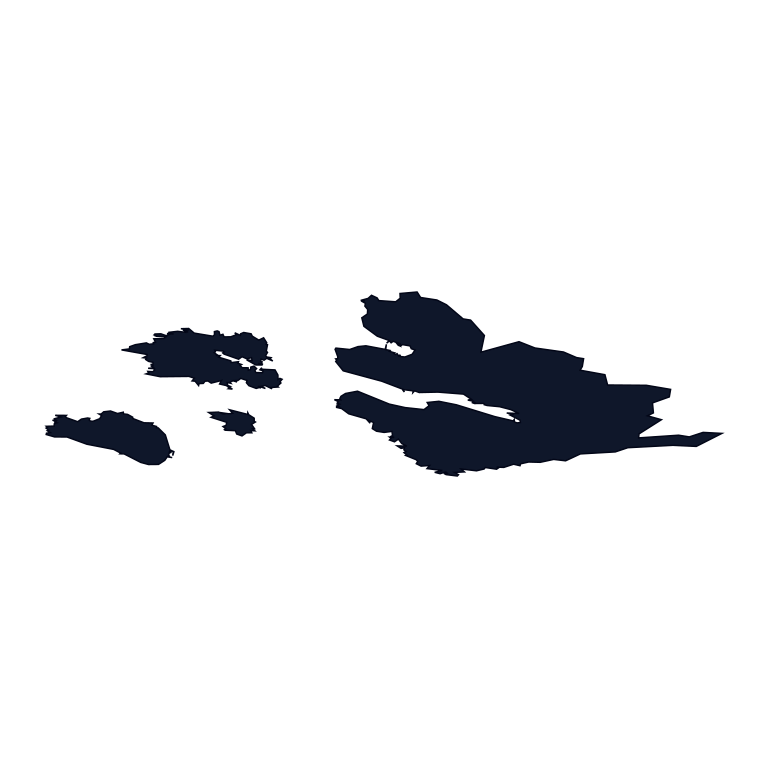 the district of Sande nor, Møre og Romsdal, Norway
{"feature_id": "86288312B47484772904149", "entity_name": "Sande nor", "entity_type": "district", "adm_level": 2, "iso_a3": "NOR", "parent_name": "Norway", "parent_adm1": "Møre og Romsdal", "projection": "equal_earth", "projection_center": [5.514, 62.239], "detail": "fine", "context": "isolated", "style": "filled", "palette": "ink", "viewbox_px": 768, "rotation_deg": 0, "n_neighbors": 0, "source": "geoboundaries", "source_scale": "gbopen_adm2", "svg_char_len": 6099}
<svg xmlns="http://www.w3.org/2000/svg" viewBox="0 0 768 768"><path d="M371.5,295.3L368.1,298.4L360.7,300.4L365.0,300.7L362.4,301.6L365.4,303.3L364.9,306.1L367.7,309.5L367.4,314.0L361.8,317.8L363.9,326.3L377.3,336.2L389.2,340.5L386.6,343.2L389.4,340.9L391.1,342.8L393.1,341.3L400.8,343.9L397.0,343.7L398.3,345.3L399.8,345.9L398.9,344.7L401.5,345.3L400.6,346.0L402.4,344.6L410.0,345.9L411.3,348.7L415.1,350.0L412.1,354.3L404.9,357.0L400.2,356.5L400.1,355.3L399.2,354.9L399.8,355.4L398.7,356.0L397.1,353.7L395.3,354.6L393.8,353.5L394.7,352.9L389.3,351.3L390.0,350.5L385.7,349.6L386.4,344.3L385.2,349.4L365.9,345.8L358.0,346.6L349.7,349.5L335.9,348.1L335.1,349.3L337.8,356.8L337.7,358.6L335.7,358.9L336.7,360.1L335.7,361.5L343.2,370.8L381.7,381.2L403.0,389.3L402.8,390.0L404.3,392.0L403.4,389.6L413.2,390.9L412.9,392.6L414.6,390.8L419.2,392.5L437.9,392.1L463.5,394.1L471.4,399.3L467.8,400.1L474.1,401.3L472.1,401.2L474.0,402.2L471.8,402.5L474.5,403.5L483.8,403.4L484.7,404.3L483.6,404.5L487.1,405.5L499.6,406.7L510.8,409.6L519.1,413.5L506.7,413.0L514.1,414.3L510.2,415.1L520.1,420.2L520.4,422.5L517.1,422.9L514.5,422.0L514.2,419.5L513.2,420.9L494.8,416.6L456.4,404.8L438.9,401.3L427.2,402.5L429.1,405.7L424.0,409.6L405.2,407.6L389.3,404.1L357.5,391.2L345.5,393.5L341.0,396.3L339.9,398.4L340.8,399.8L334.4,399.7L338.4,401.7L337.2,403.1L339.5,404.1L337.4,404.9L338.9,406.4L336.6,406.2L336.6,407.4L341.7,408.6L348.7,413.8L366.2,418.8L370.1,423.2L369.0,420.5L373.6,422.5L372.3,428.6L376.5,431.2L384.1,432.4L392.0,431.4L392.5,435.6L391.3,436.2L394.1,437.5L389.7,437.2L391.1,438.3L389.5,440.0L394.5,441.8L398.4,439.1L401.8,443.6L406.9,446.1L397.2,445.9L401.1,448.4L404.5,447.7L403.9,449.8L406.1,451.6L404.0,452.6L406.9,455.1L405.8,455.5L416.2,459.7L417.8,461.3L416.3,463.7L421.1,466.1L429.6,465.5L427.0,468.6L442.5,470.5L434.7,472.3L440.1,473.7L445.8,471.9L446.8,472.8L445.4,473.1L446.6,473.5L445.0,474.0L446.1,474.6L457.3,476.0L458.5,474.7L454.5,472.4L464.4,471.9L461.1,469.0L476.5,470.8L484.1,469.0L485.3,467.5L496.6,469.2L498.3,468.0L496.7,467.1L503.8,467.4L513.6,464.2L520.0,465.7L520.6,463.8L528.7,462.0L540.2,462.3L553.7,459.4L565.6,460.8L580.4,453.9L615.3,451.9L627.8,447.7L672.9,445.3L696.3,446.4L721.9,433.4L703.1,432.4L689.3,436.9L678.6,435.2L638.6,437.9L639.0,433.9L661.4,419.7L647.4,415.8L653.4,412.9L652.5,402.9L669.3,396.9L670.6,389.4L646.4,385.3L607.6,385.0L604.9,374.7L580.1,370.2L582.3,366.5L583.6,358.7L576.6,357.6L563.5,352.0L535.0,348.0L519.0,341.7L480.9,352.2L484.4,335.5L470.6,320.1L463.1,318.9L446.5,304.8L436.9,300.0L420.6,297.5L417.1,292.0L400.0,293.5L400.2,298.2L395.7,301.8L378.8,300.6L377.1,297.9L371.5,295.3ZM188.7,328.5L180.9,328.7L188.9,330.1L182.9,330.1L188.2,332.0L184.0,331.6L186.7,332.5L177.7,331.3L168.3,332.4L173.8,334.1L167.0,333.5L169.7,334.3L166.2,335.7L160.9,333.8L154.9,334.0L154.2,334.8L156.3,335.0L154.3,335.6L157.7,335.9L155.6,336.2L166.0,336.8L163.9,338.5L153.8,338.8L155.5,342.2L153.3,342.6L153.6,343.8L149.2,344.3L146.4,342.9L135.3,344.7L129.7,346.7L129.4,348.9L121.5,349.9L147.2,354.5L147.2,355.7L143.2,357.7L146.6,358.1L145.7,359.5L148.6,361.4L152.9,362.3L153.2,364.0L151.4,364.4L152.9,365.7L151.4,366.1L153.8,367.9L148.1,368.3L153.5,368.6L154.7,370.0L152.8,371.7L147.8,371.4L148.7,373.0L146.1,373.9L160.2,376.7L188.9,376.4L194.4,378.2L192.1,380.9L195.1,381.2L198.6,385.5L199.0,383.6L203.3,383.4L205.0,381.2L208.0,381.0L211.2,383.1L221.5,380.5L219.6,384.0L226.5,385.6L229.5,388.1L228.5,388.7L232.4,389.1L228.5,386.6L229.9,386.3L227.7,385.4L227.2,382.5L230.8,383.3L229.8,382.2L233.0,380.8L237.0,382.0L234.3,380.6L237.8,380.5L240.8,378.4L247.1,380.5L246.4,382.7L248.9,385.7L256.2,388.4L258.3,387.8L257.2,387.3L261.0,387.9L258.3,386.1L265.4,388.5L261.1,386.3L265.2,385.5L272.0,388.8L270.7,387.5L278.3,387.0L277.4,386.1L280.9,383.0L280.1,381.5L282.1,379.3L279.9,378.4L278.0,379.5L277.9,375.0L275.0,369.9L261.0,369.2L261.8,367.7L259.9,369.8L263.2,370.9L262.5,372.7L255.9,372.6L254.8,370.3L256.6,368.6L254.0,366.1L250.8,367.1L250.5,369.6L248.3,370.2L248.1,367.8L242.1,367.7L240.0,365.3L241.5,364.5L237.9,363.3L238.5,361.7L231.2,362.6L230.8,360.9L218.7,357.2L220.2,355.6L215.8,355.5L217.3,354.9L214.1,352.7L215.4,351.7L214.7,350.2L223.1,351.1L224.3,351.9L222.7,352.9L224.1,354.1L238.6,359.2L242.0,356.7L246.8,358.8L251.5,357.7L252.1,360.5L246.6,359.8L255.9,365.0L260.6,365.0L258.2,363.4L262.9,364.5L261.5,363.3L262.1,361.9L260.6,361.6L261.1,359.0L264.0,360.2L266.7,358.3L272.8,361.0L270.0,358.8L271.1,357.7L266.7,357.0L265.6,355.6L267.5,352.4L266.3,351.1L267.5,344.7L266.1,344.4L266.7,342.7L263.6,337.8L258.8,340.1L252.3,336.2L251.1,333.8L243.7,332.5L240.6,333.8L240.4,335.4L234.8,332.8L236.4,334.7L230.8,336.8L224.1,336.9L222.9,334.3L220.0,335.2L219.0,331.6L217.2,330.9L214.4,331.6L214.5,334.8L212.9,336.2L194.2,333.1L188.7,328.5ZM66.4,415.4L55.2,415.3L61.0,417.0L54.6,418.7L56.0,420.1L53.6,419.8L56.0,420.4L52.5,420.2L56.8,421.9L54.3,422.2L56.8,422.9L54.3,423.8L54.1,426.1L46.3,426.3L47.5,427.4L46.1,428.1L48.7,430.1L47.3,430.7L50.3,432.6L46.5,433.2L46.2,434.5L54.5,436.9L67.0,437.0L86.8,444.2L113.7,449.4L120.7,453.1L120.0,453.8L124.1,453.9L140.7,462.4L148.5,464.5L158.5,464.4L164.8,460.3L167.2,456.8L172.2,457.6L168.4,456.8L170.0,456.0L168.2,456.1L169.3,452.9L170.4,452.9L169.0,452.5L171.6,452.4L169.4,452.0L169.9,450.8L173.3,451.4L172.7,455.6L173.9,451.7L169.9,449.8L165.3,434.9L158.2,427.9L156.4,427.7L156.6,426.5L151.8,425.2L153.0,423.0L144.0,422.8L132.8,418.5L132.7,417.2L127.6,414.4L123.5,413.9L123.3,412.2L117.5,413.5L110.5,411.0L103.7,411.8L101.2,414.0L99.0,414.0L101.6,415.6L99.7,418.7L93.0,421.3L90.4,421.1L89.1,419.9L89.8,418.4L87.6,418.0L81.4,419.1L77.7,421.7L66.4,417.7L65.3,416.6L66.4,415.4ZM247.6,414.4L229.6,409.8L232.7,413.3L228.9,413.8L222.5,412.9L223.8,413.9L222.9,413.9L218.6,412.1L208.7,412.5L214.0,415.9L211.1,417.3L226.7,422.3L226.1,425.4L223.0,426.5L225.7,428.6L224.4,429.7L225.2,430.2L235.4,430.7L236.7,434.0L242.0,435.9L246.4,432.8L251.8,432.8L250.8,430.6L254.8,430.8L252.6,428.8L254.5,428.7L251.5,424.4L255.4,422.0L254.2,421.3L254.2,418.2L248.7,414.7L247.8,412.8L247.6,414.4Z" fill="#0f172a" stroke="#020617" stroke-width="1.5"/></svg>